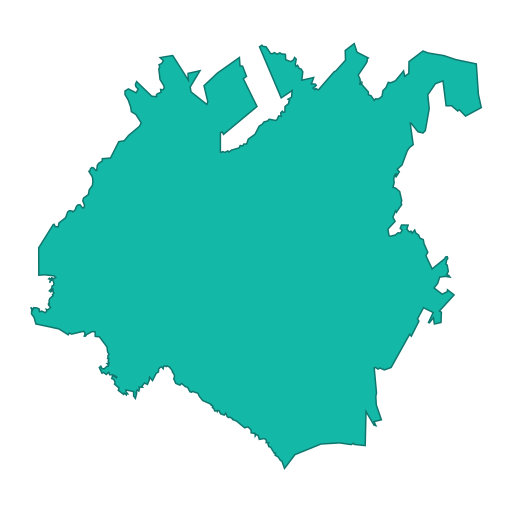 outline of Venustiano Carranza, Chiapas, Mexico
{"feature_id": "50627088B57673642633786", "entity_name": "Venustiano Carranza", "entity_type": "district", "adm_level": 2, "iso_a3": "MEX", "parent_name": "Mexico", "parent_adm1": "Chiapas", "projection": "equal_earth", "projection_center": [-92.682, 16.309], "detail": "fine", "context": "isolated", "style": "filled", "palette": "teal", "viewbox_px": 512, "rotation_deg": 0, "n_neighbors": 0, "source": "geoboundaries", "source_scale": "gbopen_adm2", "svg_char_len": 5918}
<svg xmlns="http://www.w3.org/2000/svg" viewBox="0 0 512 512"><path d="M38.8,275.2L44.8,274.8L53.9,275.8L55.8,277.3L54.2,278.6L51.7,277.8L51.3,279.4L49.5,278.2L48.7,278.9L50.6,279.7L49.6,282.8L50.6,280.9L52.7,279.5L54.0,283.5L53.4,285.4L52.0,286.1L51.8,288.3L48.8,291.4L51.2,289.8L50.9,291.7L51.4,291.5L52.9,288.3L53.1,292.0L53.9,292.9L52.5,294.7L53.1,295.6L49.8,298.5L49.1,300.5L49.1,302.8L48.4,303.9L49.3,304.2L48.7,305.2L50.6,307.4L48.0,309.8L46.2,309.3L46.8,310.9L45.4,312.7L41.4,311.0L39.9,311.8L39.1,310.9L39.4,309.2L37.2,308.0L33.9,307.6L32.7,309.8L32.6,308.7L30.7,307.5L31.8,309.4L31.5,313.9L34.1,317.5L35.9,324.0L58.9,328.9L68.2,334.8L69.1,333.1L71.7,334.1L83.6,331.3L85.1,333.1L84.3,336.2L85.3,336.2L86.6,334.6L92.1,331.6L95.1,331.8L95.2,336.4L99.4,336.8L107.0,347.0L107.6,351.9L109.0,354.3L107.8,356.0L108.2,357.1L107.6,358.5L108.8,358.9L108.2,361.4L109.0,363.2L107.1,363.5L108.7,365.0L108.1,366.3L107.2,366.1L104.2,368.8L102.1,368.6L100.8,366.2L99.3,367.6L102.0,373.2L103.8,372.5L106.2,374.5L108.7,372.3L109.7,374.8L112.8,374.8L116.8,376.9L116.5,377.8L112.7,375.4L111.7,378.5L113.7,379.4L115.2,382.3L114.5,384.1L119.0,388.0L118.3,390.4L123.6,394.4L124.2,393.2L126.3,394.9L126.4,393.8L127.7,393.9L126.0,391.7L125.9,390.0L133.5,391.5L133.6,396.0L135.4,398.4L136.7,393.0L136.0,392.7L137.1,390.0L138.8,391.1L139.5,388.6L139.1,387.1L142.6,387.2L141.9,386.2L144.5,383.0L147.4,384.4L149.2,380.2L149.6,377.2L152.5,380.6L156.2,373.3L158.5,371.9L158.6,369.2L160.3,367.2L161.6,367.0L163.2,368.7L163.6,366.3L165.2,365.8L166.2,366.6L167.1,365.9L169.4,367.0L172.6,371.1L172.3,371.8L174.3,374.7L174.4,377.4L173.7,378.7L175.8,383.4L179.9,385.1L181.6,383.4L185.4,386.7L187.5,387.2L190.0,391.8L191.5,392.2L192.3,391.4L197.9,393.2L199.5,396.6L202.7,400.5L211.3,404.4L211.0,405.0L213.0,406.3L212.4,407.6L213.8,408.5L214.8,411.0L216.9,410.8L217.3,411.6L217.8,410.5L219.0,410.6L220.6,413.8L224.2,415.1L225.7,413.2L227.1,416.5L228.6,417.6L230.0,417.2L232.6,418.8L232.5,419.5L236.5,421.0L244.6,427.8L248.0,426.9L251.0,429.8L251.2,432.9L255.0,433.4L255.2,436.0L256.2,434.4L258.2,435.6L259.3,439.4L263.9,438.6L265.5,439.2L266.6,441.1L266.1,442.6L268.7,442.9L268.0,444.3L268.8,446.6L270.7,447.3L274.3,453.2L275.7,453.2L275.1,455.2L278.1,456.9L280.5,460.5L281.9,461.1L284.5,468.4L295.0,454.6L321.0,444.0L339.7,442.9L351.2,444.6L353.4,443.2L354.1,444.4L365.2,445.6L366.0,411.5L374.0,425.1L375.9,425.7L374.0,421.6L381.4,419.8L376.3,404.9L375.8,396.4L376.5,393.0L374.2,367.8L375.5,367.5L378.0,369.1L380.0,368.0L384.3,369.9L391.1,367.5L409.6,334.3L411.3,336.2L418.9,321.2L417.5,318.9L423.5,307.7L433.2,312.5L428.5,322.5L429.4,322.8L433.4,317.7L434.4,324.0L441.0,322.5L441.4,312.2L439.4,311.0L454.1,294.9L447.5,289.8L447.4,291.6L442.2,294.2L434.1,288.0L437.7,283.3L439.7,277.1L445.3,276.4L450.0,277.1L448.7,275.4L446.7,274.7L448.3,271.4L447.2,265.1L445.9,264.0L446.6,260.1L447.8,258.4L447.2,256.7L445.7,256.9L444.5,258.9L432.1,268.9L425.9,255.6L427.8,252.3L424.0,243.6L423.3,239.6L419.9,238.1L418.6,235.0L415.8,233.0L414.7,230.0L412.1,233.2L411.0,231.1L409.3,231.9L406.8,229.2L408.1,225.1L401.5,225.0L400.2,228.4L402.3,230.1L400.4,233.0L398.0,232.8L395.5,234.9L390.3,236.3L389.0,235.5L387.9,229.1L395.1,221.4L392.9,217.2L395.5,210.9L396.4,212.3L401.7,204.5L401.1,203.1L401.7,200.5L399.7,191.6L395.5,188.0L393.0,187.4L394.2,182.6L393.7,179.1L394.5,175.7L395.5,176.3L395.4,174.1L396.2,173.8L396.4,176.3L397.8,174.2L399.3,171.8L397.2,169.3L402.0,165.0L407.3,150.7L409.6,147.4L413.2,144.7L410.2,123.1L411.0,123.1L418.0,131.8L423.0,133.0L425.3,130.6L429.2,108.7L427.8,94.8L435.4,83.7L443.0,80.9L446.1,105.8L451.6,105.7L457.7,111.0L459.4,109.8L465.5,116.1L481.3,107.6L478.4,94.4L476.3,63.9L455.8,59.6L443.9,55.6L428.2,53.0L423.0,51.0L409.0,61.6L408.8,73.4L404.7,76.4L403.6,70.9L395.4,80.8L390.6,82.8L388.3,82.3L385.9,87.7L383.0,90.6L382.0,96.4L378.4,99.0L375.6,98.8L374.3,100.4L370.9,95.6L368.5,94.9L368.3,91.9L362.7,85.5L361.7,84.2L361.9,82.9L360.0,84.3L359.6,83.7L360.9,81.4L360.0,80.8L360.1,79.2L358.2,75.1L365.6,64.2L367.2,61.3L367.1,59.0L368.3,58.0L357.0,52.2L354.2,43.6L345.2,50.5L345.5,60.2L335.8,71.0L334.1,71.8L318.4,89.9L315.7,88.5L314.9,89.6L313.1,88.0L316.3,85.4L315.2,84.1L311.4,83.9L313.7,77.5L301.8,80.2L302.8,71.8L301.0,68.9L299.5,68.8L297.5,65.3L296.0,66.5L295.3,64.4L296.2,59.1L294.6,57.5L293.3,60.1L290.6,61.6L285.7,59.7L285.4,54.3L281.4,53.9L279.9,52.8L277.1,54.2L274.4,52.6L272.1,53.8L270.5,53.4L266.1,46.8L262.7,46.3L261.9,45.2L259.5,46.8L281.2,97.9L292.2,90.5L291.5,97.3L288.0,99.2L289.7,100.3L288.8,101.6L288.7,103.5L285.0,106.5L284.9,111.9L283.2,112.3L282.3,111.2L280.7,112.9L281.2,116.3L278.7,115.9L277.1,119.5L275.7,120.5L269.2,119.2L267.5,121.0L264.0,121.9L262.2,124.3L259.2,126.1L255.0,134.3L248.3,139.1L246.6,144.0L243.8,144.0L242.7,146.0L240.2,145.5L239.1,147.9L231.5,150.1L229.0,152.1L227.8,150.9L224.9,152.4L222.6,151.6L221.0,152.5L220.4,152.2L220.4,132.8L222.3,132.0L223.5,134.4L257.0,106.5L243.3,78.7L246.5,76.4L242.6,66.2L240.0,65.9L239.4,57.5L217.5,73.0L204.0,85.7L207.8,101.8L206.8,104.4L191.0,91.9L190.2,87.0L200.0,70.7L188.0,73.4L188.4,80.2L172.7,55.5L160.1,57.6L163.4,60.7L161.6,63.6L159.0,64.7L159.7,67.2L158.8,68.8L160.0,79.4L164.0,86.0L164.2,87.8L162.9,89.9L160.6,89.4L161.0,92.3L157.3,93.8L156.4,95.1L156.5,96.7L151.7,96.2L136.6,81.6L135.4,84.4L135.9,86.7L138.2,89.1L136.1,92.8L128.4,88.9L125.0,91.0L125.0,94.6L128.3,100.2L130.7,107.2L131.4,111.7L135.9,114.5L141.2,122.8L139.5,126.3L128.6,135.4L124.2,140.8L118.8,141.6L110.5,158.0L102.3,158.7L102.2,161.1L98.8,163.2L97.3,165.3L96.7,170.4L95.9,170.5L93.5,167.9L91.9,167.5L90.6,168.5L89.7,171.1L88.9,171.3L92.4,177.0L92.9,181.2L92.4,185.5L89.3,189.6L88.3,194.6L83.5,198.1L82.8,200.9L84.5,205.2L83.9,207.7L82.5,207.9L80.0,204.7L77.9,204.9L76.5,206.3L74.9,210.3L72.9,211.9L72.1,211.0L69.3,210.7L67.7,212.0L65.6,217.7L59.0,222.9L58.2,226.9L55.2,226.6L54.1,224.3L53.2,224.6L38.7,247.8L38.8,275.2Z" fill="#14b8a6" stroke="#0f766e" stroke-width="1.5"/></svg>